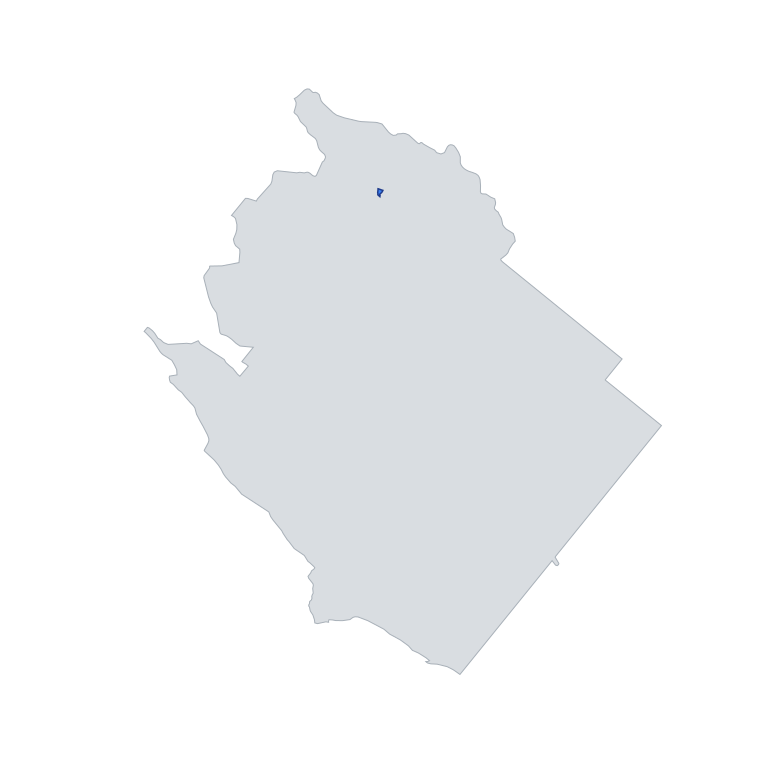 Nyala Janoub, Southern Darfur, Sudan shown in context, rotated 129°
{"feature_id": "16777658B27261158380636", "entity_name": "Nyala Janoub", "entity_type": "district", "adm_level": 2, "iso_a3": "SDN", "parent_name": "Sudan", "parent_adm1": "Southern Darfur", "projection": "equal_earth", "projection_center": [24.841, 12.018], "detail": "fine", "context": "in_parent", "style": "filled", "palette": "blue", "viewbox_px": 768, "rotation_deg": 129, "n_neighbors": 0, "source": "geoboundaries", "source_scale": "gbopen_adm2", "svg_char_len": 4097}
<svg xmlns="http://www.w3.org/2000/svg" viewBox="0 0 768 768"><g transform="rotate(129 384 384)"><path d="M494.1,603.5L488.9,603.5L488.3,601.9L488.3,597.4L488.9,594.0L490.7,588.6L490.2,585.6L490.5,581.4L489.1,576.7L476.5,562.9L474.1,559.1L467.3,555.6L468.5,551.8L465.5,523.6L466.8,520.4L467.1,515.5L467.0,511.2L468.6,504.0L468.7,500.9L455.5,500.7L455.4,503.8L456.0,507.3L456.0,508.6L437.7,508.7L445.1,519.8L445.5,524.6L445.1,530.6L445.3,534.5L445.7,537.0L447.7,541.9L447.6,542.9L447.2,544.0L434.2,558.7L432.1,565.6L430.4,569.2L426.7,575.2L414.9,590.9L412.9,592.0L403.9,592.5L403.0,592.9L402.3,593.6L401.9,593.5L394.1,584.2L380.9,573.1L372.3,578.9L370.0,581.0L369.9,586.4L368.7,589.1L366.3,592.1L360.0,594.0L356.6,595.6L352.7,598.6L348.8,603.6L348.6,606.2L349.0,608.6L326.9,608.5L325.5,606.6L322.2,598.3L320.0,598.8L299.9,597.8L297.0,598.7L291.3,602.1L288.4,602.7L285.4,601.1L274.8,584.7L272.5,582.7L270.1,578.8L267.8,577.1L267.1,575.9L266.8,574.1L266.9,570.5L266.1,568.3L264.5,567.8L250.3,571.6L248.3,571.1L245.3,571.8L244.2,572.5L243.0,574.6L242.8,579.1L242.5,581.4L241.4,583.9L237.3,589.4L236.4,591.8L236.6,598.0L236.4,601.1L235.8,602.5L234.0,604.9L233.3,606.2L232.6,614.1L230.4,618.8L229.9,620.5L229.8,623.9L229.4,625.0L223.0,627.7L220.6,629.4L219.1,632.1L218.7,633.3L216.0,632.3L212.5,631.6L205.8,630.8L203.1,629.5L201.8,627.6L202.2,622.9L201.6,621.9L200.5,621.0L199.8,618.9L199.9,616.5L203.5,611.0L204.2,608.0L205.2,594.2L204.9,590.0L202.1,582.3L195.7,569.0L194.1,566.4L186.1,555.4L185.1,553.8L183.2,549.2L185.4,539.0L185.5,536.2L185.0,533.3L182.9,531.2L181.1,530.9L178.7,528.2L177.2,527.0L175.8,524.6L174.9,521.3L175.6,509.3L175.1,507.8L173.1,507.3L172.6,506.5L172.7,504.2L171.6,497.4L170.4,491.8L171.1,488.7L169.4,484.5L166.1,482.6L159.7,484.0L157.7,483.8L156.3,483.0L155.3,481.5L154.8,479.6L155.3,476.9L157.1,471.8L159.4,467.7L164.1,463.9L165.3,461.9L166.0,459.6L166.2,457.1L165.9,454.4L165.3,451.9L164.0,448.6L162.8,444.8L162.7,442.2L163.3,440.4L164.6,438.1L169.2,433.7L173.9,430.1L174.7,428.8L174.4,427.3L172.2,424.3L171.6,418.5L170.4,414.5L172.8,411.4L174.6,410.3L177.3,409.4L178.4,408.1L178.7,405.7L178.6,403.3L179.6,401.6L181.0,397.9L182.0,396.2L185.6,391.9L186.4,389.1L186.7,386.4L185.7,378.2L187.8,374.8L190.4,371.9L194.2,372.1L200.1,371.5L204.1,370.3L206.9,370.4L213.5,371.9L214.1,371.2L214.5,369.1L214.7,214.7L241.4,214.7L241.7,214.5L241.7,142.2L409.5,142.2L410.9,142.0L413.4,135.2L414.5,134.7L416.2,135.1L416.8,136.7L415.5,142.2L561.9,142.2L562.5,150.4L563.9,157.0L568.3,166.4L572.0,171.5L573.3,174.3L573.5,175.6L573.4,176.8L572.2,175.4L570.4,174.5L570.3,178.9L571.4,188.0L573.1,194.3L572.1,200.2L572.6,210.2L574.8,222.1L574.6,229.8L578.1,247.6L581.4,257.6L583.1,260.0L585.0,261.3L588.5,262.2L593.9,267.2L598.2,272.6L599.7,275.4L601.8,278.4L603.2,277.9L604.0,277.1L605.4,279.5L612.1,284.9L613.2,287.4L610.9,289.8L608.2,294.0L607.0,297.9L606.3,299.1L604.2,301.6L603.9,302.8L602.9,303.5L601.9,303.6L599.7,304.9L597.7,304.5L595.7,305.2L594.9,306.2L593.3,307.0L591.1,307.4L587.8,310.7L584.8,312.3L583.9,313.6L582.4,320.2L581.3,322.0L576.9,322.1L574.8,322.7L571.8,322.0L570.4,322.1L570.0,323.5L569.6,329.1L569.7,331.5L567.4,338.0L568.4,350.1L566.2,359.1L565.9,361.2L563.6,368.4L562.4,371.1L559.6,384.5L558.4,388.6L555.9,393.0L559.2,425.3L557.2,435.2L557.3,440.7L555.9,448.7L554.8,452.4L552.8,456.8L551.2,461.8L549.9,468.4L549.1,480.9L548.7,482.0L540.8,483.5L538.3,484.4L536.7,485.8L534.7,489.0L530.8,497.8L528.7,503.2L525.5,510.6L521.7,515.8L520.9,518.3L520.3,523.1L519.0,530.6L517.8,535.9L518.0,540.2L516.9,547.6L517.1,551.2L515.8,553.2L514.0,555.1L512.8,555.6L507.2,550.6L503.3,554.1L501.0,558.9L499.1,563.8L500.3,574.1L500.2,576.3L499.7,578.8L496.2,588.9L495.1,593.5L494.1,601.6L494.1,603.5Z" fill="#d9dde1" stroke="#a8b0b8" stroke-width="1"/><path d="M238.5,509.8L239.3,509.3L240.0,508.4L240.7,508.0L241.0,507.2L240.9,506.3L241.0,505.1L240.1,505.6L239.7,506.0L239.4,506.6L238.6,506.7L237.8,506.5L236.7,506.3L235.7,506.4L234.5,506.6L234.2,506.7L234.7,507.9L235.6,510.5L235.9,511.3L236.0,511.5L237.1,510.7L238.5,509.8Z" fill="#3b82f6" stroke="#1e3a8a" stroke-width="1.5"/></g></svg>